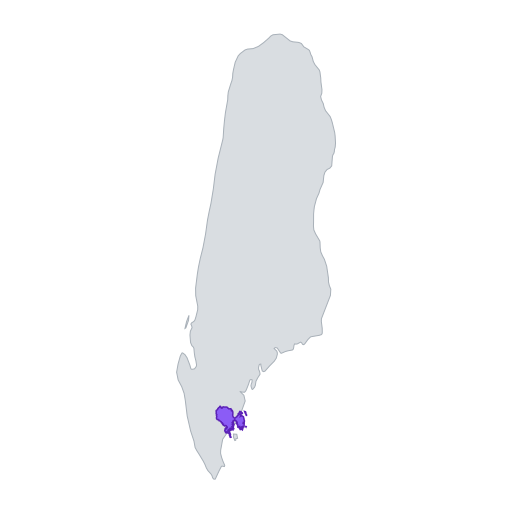 Ambanja, Diana, Madagascar shown in context, rotated 176°
{"feature_id": "10022922B10293113814705", "entity_name": "Ambanja", "entity_type": "district", "adm_level": 2, "iso_a3": "MDG", "parent_name": "Madagascar", "parent_adm1": "Diana", "projection": "equal_earth", "projection_center": [48.458, -13.784], "detail": "fine", "context": "in_parent", "style": "filled", "palette": "violet", "viewbox_px": 512, "rotation_deg": 176, "n_neighbors": 0, "source": "geoboundaries", "source_scale": "gbopen_adm2", "svg_char_len": 8585}
<svg xmlns="http://www.w3.org/2000/svg" viewBox="0 0 512 512"><g transform="rotate(176 256 256)"><path d="M320.3,48.0L321.4,51.4L322.8,54.8L326.9,62.8L328.6,65.9L330.1,69.2L330.8,75.7L333.4,85.9L335.8,101.2L336.6,116.9L337.3,124.0L339.2,130.8L342.3,137.8L343.3,145.6L341.3,153.6L338.6,161.2L337.8,162.6L336.5,164.5L335.9,164.4L333.7,162.5L331.9,159.3L329.6,151.8L328.8,148.0L327.9,147.4L325.2,147.7L323.2,150.1L322.9,151.6L323.3,155.8L324.0,159.6L324.3,163.5L324.4,168.3L325.1,169.8L326.2,171.0L327.3,174.2L327.4,181.8L326.7,185.6L324.8,188.9L325.0,190.7L325.7,192.6L325.0,193.7L322.5,195.1L321.4,196.4L320.1,199.7L317.9,206.5L317.6,210.0L318.9,220.6L318.5,228.1L315.7,242.4L314.1,249.2L311.8,257.3L308.3,268.0L304.8,281.3L301.9,295.1L299.7,303.3L297.3,311.5L293.9,325.8L291.1,340.3L286.9,356.3L281.1,374.1L280.5,376.4L279.3,385.4L278.0,393.3L276.5,401.1L273.3,413.9L272.9,417.8L272.2,421.6L269.1,429.6L267.8,432.6L266.9,435.8L266.4,439.8L265.4,443.7L263.2,450.8L259.8,456.9L257.5,459.1L252.6,462.3L250.0,463.0L244.4,463.1L239.0,464.9L233.4,468.4L228.0,472.5L225.9,474.4L223.6,475.5L216.5,475.7L214.3,474.9L207.0,468.2L204.3,467.1L199.0,466.2L197.4,465.6L195.9,464.8L193.7,461.3L189.5,458.4L188.4,457.4L187.8,455.4L187.3,453.2L186.2,450.8L185.3,446.1L183.9,442.8L179.9,437.1L179.4,435.2L179.0,429.1L179.1,425.0L178.6,417.4L179.0,413.8L180.4,410.6L179.8,407.1L178.3,403.4L177.7,399.6L176.5,396.1L172.3,389.9L171.3,386.8L170.6,383.7L168.9,373.7L168.7,370.3L168.8,363.0L169.4,359.2L170.3,356.6L170.6,354.6L171.2,352.9L172.2,351.6L172.8,350.0L174.2,340.6L176.2,338.5L179.1,337.3L181.4,334.8L182.7,331.5L183.9,324.7L187.5,317.9L188.8,314.3L191.7,308.9L194.3,301.3L195.0,297.7L195.6,294.1L196.2,286.0L196.6,282.0L196.5,278.0L195.0,273.9L191.3,266.5L191.2,265.1L191.4,259.6L191.1,255.6L189.7,251.6L188.0,247.9L186.2,240.8L185.3,229.2L185.5,225.0L184.9,221.3L183.7,217.7L184.5,211.5L195.1,188.9L195.4,186.2L195.0,179.3L195.2,175.3L195.5,173.8L196.3,173.0L198.2,172.5L206.9,171.6L208.0,170.9L210.2,168.9L213.2,165.3L214.5,164.2L215.7,164.6L216.5,166.2L217.5,167.0L221.0,165.4L222.4,165.3L223.7,165.6L224.4,164.0L224.8,162.0L225.3,160.5L226.2,159.7L230.7,159.2L233.6,158.6L237.4,157.2L238.2,157.5L241.2,162.7L242.2,163.1L243.3,163.3L244.4,162.4L241.9,159.7L241.5,158.1L241.6,156.4L242.9,152.7L245.1,149.8L250.0,145.5L255.1,140.5L256.5,140.1L257.8,140.9L258.8,146.8L258.7,147.8L259.5,147.9L260.4,147.2L261.2,144.8L261.3,142.8L260.6,140.9L260.3,139.3L260.2,137.8L262.8,134.3L264.8,131.0L265.7,127.0L266.6,125.2L268.7,123.1L269.3,123.4L269.8,125.1L270.1,126.9L269.6,128.7L268.8,130.4L268.5,132.7L269.7,133.2L270.8,132.6L272.5,128.4L274.4,124.4L275.5,122.3L276.9,120.9L279.3,121.2L281.6,122.1L277.8,117.9L276.9,112.1L281.3,102.1L281.4,100.0L282.0,99.4L282.3,98.6L280.0,95.2L279.6,93.5L279.9,91.0L281.0,88.7L282.0,87.1L283.4,86.5L284.5,87.4L287.0,90.2L288.7,90.6L290.7,87.9L292.4,84.6L294.9,82.3L297.7,80.9L302.0,75.6L304.8,64.7L305.1,61.5L304.4,57.6L303.4,53.9L301.8,49.3L302.2,48.2L304.6,48.8L305.4,48.2L307.9,44.1L312.2,36.3L313.6,36.3L314.7,37.7L315.2,39.9L316.0,41.5L318.9,45.2L320.3,48.0ZM290.8,78.8L290.9,80.0L287.6,79.5L287.1,75.4L288.7,75.3L289.1,73.6L290.0,73.4L291.1,77.0L290.8,78.8ZM329.8,195.5L327.0,201.5L327.8,196.5L331.0,189.2L331.9,188.7L329.8,195.5Z" fill="#d9dde1" stroke="#a8b0b8" stroke-width="1"/><path d="M294.4,106.2L294.8,106.3L295.1,107.0L296.1,107.4L298.2,107.5L299.1,107.8L299.6,107.7L300.3,106.7L300.5,106.6L300.8,106.9L301.1,106.8L301.2,107.2L301.5,107.3L301.7,108.2L301.9,108.5L302.3,108.6L302.6,108.5L303.0,107.7L304.0,107.2L304.5,106.4L304.8,106.3L305.1,105.5L306.4,104.7L306.6,104.2L306.5,103.8L306.6,103.4L306.5,103.0L306.7,101.9L306.6,101.7L306.7,101.3L306.5,100.9L306.2,100.6L306.6,99.9L306.3,98.8L306.7,97.7L306.6,97.4L306.7,97.1L306.7,96.4L306.0,95.5L305.2,95.5L305.0,95.1L304.5,94.9L304.3,94.3L303.9,94.4L302.9,93.4L302.3,93.1L302.2,92.2L301.8,91.8L301.5,92.0L301.2,91.9L301.2,91.7L300.9,91.1L301.1,90.7L300.9,90.5L300.9,90.2L300.6,89.8L300.2,90.0L300.2,89.5L300.0,89.2L299.2,88.9L298.9,88.5L298.0,89.0L297.8,88.7L297.4,88.6L297.1,87.8L296.8,87.7L296.6,87.4L296.6,86.9L296.9,86.6L297.4,86.7L297.5,85.9L297.8,86.0L298.2,85.6L298.5,86.2L299.0,85.6L298.9,85.2L299.4,83.8L299.0,83.5L299.0,82.9L298.9,82.7L298.8,82.9L298.7,82.8L298.7,82.5L298.5,82.4L298.3,82.6L298.2,82.5L298.2,82.1L298.4,81.9L298.3,81.7L297.4,81.6L296.9,81.9L297.0,82.2L296.8,82.1L296.6,81.7L295.5,81.0L295.3,80.5L294.9,80.2L294.9,79.7L294.7,79.6L294.5,79.1L294.2,79.1L294.1,78.9L294.0,79.2L293.9,79.8L294.1,80.3L294.2,81.1L294.8,82.2L295.0,82.7L294.9,83.1L295.1,83.2L295.3,84.2L295.8,84.0L295.9,83.8L296.0,84.0L295.8,84.4L295.5,84.4L295.3,84.4L295.6,84.8L295.2,84.4L295.2,85.2L295.2,84.9L294.9,84.4L294.7,84.6L294.8,85.0L294.5,85.1L294.6,85.7L294.4,85.1L294.9,84.1L294.8,83.8L294.8,84.0L294.2,83.9L294.4,84.3L294.2,84.5L294.3,84.2L293.9,84.3L293.9,84.1L293.7,84.1L293.8,84.8L293.6,84.6L293.6,84.1L293.6,84.3L293.1,84.0L293.5,84.4L293.3,85.0L293.5,84.9L293.6,85.1L293.5,85.4L293.4,85.4L293.3,85.9L293.3,85.2L293.2,85.1L293.2,84.7L292.9,84.3L292.5,84.3L292.5,84.5L292.1,84.8L292.4,84.9L292.3,85.2L292.5,85.2L292.5,85.5L292.5,85.3L292.2,85.3L292.3,85.0L291.9,85.1L292.0,85.3L291.8,85.2L292.2,86.0L291.9,85.7L291.7,86.3L291.9,86.2L292.0,86.4L291.9,86.2L291.8,86.4L291.4,86.5L291.6,86.4L291.5,86.1L291.7,85.7L291.7,85.8L291.4,85.4L291.5,85.0L291.1,84.4L290.9,84.9L290.4,85.0L290.3,85.6L290.5,86.0L291.1,86.7L291.1,86.8L291.3,86.8L291.3,87.0L291.1,86.9L291.0,86.7L290.8,86.6L291.0,87.0L291.0,87.3L291.3,87.4L291.1,87.5L290.8,87.3L290.9,87.7L290.6,87.2L290.4,87.5L290.4,87.8L290.9,88.0L290.4,88.2L290.3,88.4L290.2,88.6L290.6,88.5L290.4,88.8L290.4,88.7L290.3,89.0L290.5,89.1L290.3,89.2L290.2,89.6L290.4,89.7L290.4,89.8L290.3,90.0L290.6,90.1L290.3,90.2L290.2,90.5L290.4,90.5L290.4,90.8L290.6,90.7L290.5,90.9L290.2,90.7L290.3,91.0L290.1,91.1L290.6,91.1L290.9,91.6L290.8,92.0L290.5,92.2L290.1,92.5L290.3,92.9L290.5,92.6L290.3,93.0L290.1,92.8L290.0,93.1L289.1,93.6L288.9,93.9L288.6,93.5L288.4,93.8L288.0,93.6L287.4,92.5L286.6,91.9L286.5,91.3L286.7,91.2L286.8,91.5L287.0,91.0L286.4,90.7L286.5,89.3L286.3,88.9L286.0,88.8L286.2,87.7L285.9,87.5L286.0,86.6L285.3,86.7L285.1,86.2L285.0,86.3L284.8,86.5L284.8,86.9L284.2,87.3L284.2,87.7L284.2,87.2L284.6,86.8L284.5,86.4L284.7,86.1L284.4,86.4L284.4,86.1L284.2,85.9L284.4,85.9L284.6,85.7L284.2,85.1L284.0,84.2L283.6,84.3L283.3,84.1L282.9,84.2L282.8,84.4L283.5,84.8L283.8,85.4L283.7,85.6L283.2,85.3L283.1,85.6L282.8,85.3L282.7,85.5L283.2,85.9L282.7,86.2L282.5,85.9L282.3,86.3L282.2,86.2L282.4,85.8L282.5,85.1L282.0,85.7L282.0,85.4L281.7,85.1L281.9,84.7L282.2,84.7L282.5,84.3L281.7,83.5L281.2,84.8L281.4,84.9L281.3,85.2L280.9,85.8L281.3,85.9L281.3,86.4L281.7,86.3L281.7,86.5L281.5,86.8L281.8,87.2L281.4,87.0L281.2,86.6L281.1,86.4L280.8,86.5L280.3,86.3L279.9,86.4L279.4,90.1L279.6,90.3L280.0,90.2L280.3,90.3L280.6,89.8L280.5,89.6L280.6,89.2L280.6,89.8L280.3,90.8L279.5,90.4L279.0,92.3L279.3,93.4L279.6,93.8L279.7,93.7L279.6,93.9L279.4,93.7L279.3,94.2L279.8,96.6L281.3,97.6L281.0,97.3L281.4,97.5L281.4,97.8L282.6,97.2L282.5,97.4L282.1,97.5L282.0,98.1L282.3,98.4L282.8,98.1L282.5,98.4L282.6,98.6L282.8,98.9L283.1,99.0L282.8,99.0L282.6,99.1L282.4,99.1L282.6,99.8L282.2,99.2L281.8,99.9L280.6,100.0L280.6,100.4L281.2,100.8L281.7,101.5L282.2,101.9L283.0,102.1L283.3,101.6L283.1,101.1L283.1,100.8L284.2,100.4L284.3,100.2L284.2,99.9L284.6,99.8L284.2,99.2L284.4,99.1L284.2,98.9L284.7,98.7L284.9,98.9L285.1,98.4L285.7,98.0L286.4,96.9L286.7,96.9L288.2,95.8L288.8,95.8L290.1,97.2L290.2,97.7L290.4,98.9L290.4,99.3L290.2,99.5L290.0,101.3L290.1,102.7L290.3,103.2L290.8,103.9L291.3,103.5L291.7,105.4L293.8,105.4L294.4,106.2ZM278.2,101.7L277.6,99.7L277.2,98.9L277.0,99.9L277.2,101.1L277.4,101.4L278.2,101.7ZM294.3,76.9L293.6,77.0L293.7,77.4L294.0,77.7L294.1,78.4L294.4,78.9L294.9,79.3L295.0,78.9L294.8,78.6L294.5,78.6L294.3,78.2L294.3,77.9L294.6,77.7L294.6,77.4L294.3,76.9ZM276.8,98.4L277.0,98.1L276.8,97.7L276.6,97.7L276.6,98.4L276.8,98.4ZM290.8,91.8L290.9,91.5L290.6,91.5L290.8,91.8ZM278.1,86.4L277.9,86.1L277.7,86.5L278.1,86.6L278.1,86.4ZM290.4,91.8L290.5,92.1L290.8,91.9L290.4,91.8ZM290.6,91.3L290.5,91.2L290.1,91.3L290.6,91.3ZM293.6,85.1L293.3,85.0L293.5,85.3L293.6,85.1ZM295.5,84.3L295.8,84.3L295.9,84.1L295.5,84.3ZM287.1,90.8L287.1,90.5L286.9,90.6L287.1,90.8ZM293.1,84.4L293.1,84.5L293.3,84.7L293.3,84.4L293.1,84.4ZM282.0,98.2L282.0,97.9L281.9,97.8L281.8,98.0L282.0,98.2ZM295.1,84.5L295.1,84.3L295.1,84.1L295.0,84.3L295.1,84.5ZM281.7,97.7L281.8,97.9L281.9,97.7L281.7,97.7ZM290.5,88.0L290.4,87.8L290.3,88.0L290.5,88.0Z" fill="#8b5cf6" stroke="#5b21b6" stroke-width="1.5"/></g></svg>